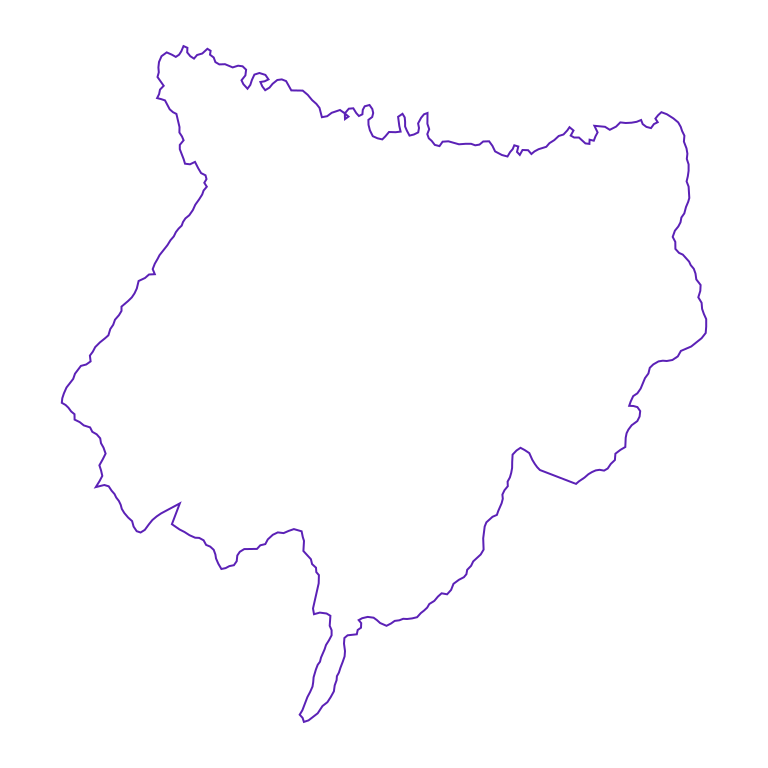 the district of Pindorama do Tocantins, Tocantins, Brazil
{"feature_id": "56859067B48906669845388", "entity_name": "Pindorama do Tocantins", "entity_type": "district", "adm_level": 2, "iso_a3": "BRA", "parent_name": "Brazil", "parent_adm1": "Tocantins", "projection": "albers", "projection_center": [-47.568, -11.195], "detail": "fine", "context": "isolated", "style": "outline", "palette": "violet", "viewbox_px": 768, "rotation_deg": 0, "n_neighbors": 0, "source": "geoboundaries", "source_scale": "gbopen_adm2", "svg_char_len": 6047}
<svg xmlns="http://www.w3.org/2000/svg" viewBox="0 0 768 768"><path d="M680.7,126.8L678.2,122.4L673.4,118.4L666.8,114.2L661.4,112.2L658.1,115.2L655.4,118.6L657.7,122.2L653.9,124.1L651.0,128.1L646.4,126.9L642.7,124.1L641.1,120.0L636.7,121.8L631.5,122.7L625.7,123.0L620.3,122.4L616.1,126.6L609.8,129.8L605.0,126.8L594.4,125.8L597.6,132.4L595.5,136.3L593.8,140.7L589.6,139.7L589.4,143.9L585.4,143.4L578.9,137.5L574.1,137.5L570.7,135.6L573.5,130.5L569.5,127.2L567.3,130.4L563.5,134.5L558.7,136.0L554.3,140.1L549.4,143.2L546.3,146.8L538.6,149.2L534.5,151.4L531.4,154.0L528.1,150.2L522.5,150.0L519.8,154.9L517.0,151.9L518.3,146.5L514.3,145.3L512.7,149.1L510.1,152.1L507.5,156.5L501.9,155.0L495.1,151.4L492.4,145.8L489.1,141.3L483.2,141.5L479.5,144.6L475.2,145.3L471.1,143.8L465.6,143.8L459.0,144.3L448.4,141.3L442.6,141.7L439.5,146.1L434.8,144.9L431.7,140.9L428.8,138.3L427.3,134.1L429.2,129.2L427.4,123.8L427.5,113.0L424.0,114.3L421.1,117.8L418.1,123.4L419.0,128.0L418.2,132.4L413.9,134.5L409.5,135.6L406.8,130.5L405.1,126.5L405.1,121.7L404.7,117.4L402.5,113.8L398.1,116.8L399.3,126.0L400.6,131.6L395.6,132.2L389.0,132.0L385.3,136.4L382.3,139.4L377.5,138.3L372.8,136.2L369.9,130.3L368.5,124.8L368.4,119.9L372.2,117.0L373.2,113.0L372.3,109.0L369.5,105.0L364.7,106.3L362.8,109.8L362.4,114.3L358.9,116.0L356.2,113.0L353.3,108.3L348.8,108.7L344.8,113.4L340.0,110.0L331.7,112.8L327.2,116.2L321.9,117.2L319.5,107.9L316.4,103.9L312.1,100.1L307.7,94.8L302.7,90.6L291.3,90.4L286.1,81.1L281.8,79.4L277.3,80.0L272.6,83.8L269.5,87.6L265.2,90.2L262.3,86.4L260.4,82.0L264.6,81.3L268.5,79.4L265.4,74.9L259.4,73.0L254.4,74.6L251.9,80.0L250.3,84.9L247.5,88.7L243.4,84.2L241.5,80.3L245.4,75.4L246.1,69.7L242.6,66.3L238.1,65.7L232.7,67.4L225.0,64.2L219.3,64.4L215.4,62.1L213.7,57.5L210.0,54.7L210.6,50.8L207.4,48.8L202.3,53.5L197.1,55.0L194.0,58.6L190.3,56.2L187.2,52.4L187.4,47.8L183.5,46.1L181.3,51.3L179.1,54.7L175.8,56.9L171.9,54.7L166.7,52.4L161.5,56.2L159.0,62.0L158.4,67.4L158.8,72.3L157.5,77.0L163.7,85.8L160.0,89.6L159.1,94.1L157.1,98.1L161.1,99.1L165.0,100.4L169.7,109.3L173.0,112.2L176.4,113.9L179.5,127.1L179.4,132.5L182.0,136.5L183.6,140.3L179.8,144.9L179.8,149.2L183.7,159.3L185.0,163.7L190.0,164.3L195.0,161.9L198.3,168.4L201.1,173.1L205.5,175.3L206.5,179.1L204.3,182.8L206.8,186.7L203.6,190.5L202.2,194.5L199.1,199.4L195.3,204.7L192.9,210.0L189.3,215.2L185.4,218.4L183.0,222.0L181.7,225.6L178.6,228.6L175.9,232.1L173.8,236.4L170.5,240.2L167.4,245.2L159.5,255.2L157.7,258.7L154.8,263.7L152.7,269.1L154.8,274.2L149.0,274.5L145.0,278.0L138.6,281.0L136.8,288.5L134.5,293.4L131.8,297.4L128.0,301.1L121.5,306.6L121.5,310.9L119.0,315.1L115.0,319.7L113.2,324.8L110.3,329.0L108.4,335.3L104.9,338.4L99.9,342.4L95.2,347.1L92.8,351.7L89.9,355.6L90.6,361.4L86.2,364.5L80.9,365.9L75.0,373.7L73.2,378.9L66.5,387.5L63.9,393.4L62.3,398.2L61.8,402.8L65.6,405.0L68.4,407.7L71.2,411.5L74.5,414.2L74.6,419.6L79.7,422.1L83.8,425.4L90.1,427.4L92.3,431.8L96.7,434.3L100.2,438.3L101.0,443.2L103.5,447.6L105.6,453.6L102.8,459.2L99.4,465.3L101.1,470.6L102.3,475.9L99.6,481.0L95.8,487.1L104.2,485.0L108.7,486.3L111.6,490.7L114.5,494.0L116.2,497.5L118.9,501.0L120.7,504.8L121.8,508.9L124.3,513.0L128.1,517.5L132.1,521.1L133.6,526.6L136.7,531.2L140.6,532.5L144.8,529.9L148.9,524.3L152.4,520.0L156.7,516.4L161.1,513.4L179.8,503.4L171.9,524.2L179.6,529.5L184.5,532.0L189.5,535.2L195.1,537.7L199.2,537.9L203.6,540.3L206.1,544.9L210.2,546.6L213.7,549.8L215.4,554.5L216.0,558.4L218.3,563.7L221.4,569.0L225.6,568.1L229.4,566.1L233.9,565.2L236.7,561.2L237.3,555.5L239.8,551.8L244.2,549.1L257.0,548.9L260.3,545.3L265.3,544.1L267.8,539.4L272.8,534.8L277.8,532.4L283.6,533.1L288.7,530.9L293.9,529.1L301.6,531.3L302.8,537.1L304.0,540.9L303.4,551.0L310.9,559.2L312.1,564.1L316.0,567.7L316.3,572.1L318.9,575.1L318.7,583.3L313.0,608.5L314.0,614.2L319.8,612.6L326.6,613.5L330.4,615.8L329.7,625.8L331.6,630.2L331.6,635.3L328.9,640.4L326.0,645.0L324.6,649.3L321.0,657.6L320.0,661.7L317.7,664.8L315.9,669.5L313.6,677.3L313.2,682.2L312.5,686.6L310.1,692.0L307.4,697.1L302.4,710.2L299.7,714.7L302.6,717.9L303.9,721.9L308.5,720.4L317.7,713.3L322.5,706.0L327.4,702.2L330.7,697.1L333.9,691.3L334.7,685.4L336.6,680.1L336.9,676.2L338.9,672.6L340.5,667.6L342.7,661.9L344.6,656.4L345.0,651.1L344.0,643.6L344.4,638.0L347.6,635.3L356.8,634.3L357.7,630.0L361.0,627.7L361.2,623.1L358.7,620.1L362.2,618.2L367.7,616.9L373.6,617.7L376.9,620.1L380.1,623.0L386.5,625.8L391.0,623.5L394.7,620.9L399.3,620.3L403.2,618.8L407.1,619.0L412.1,618.4L417.1,617.2L420.8,613.1L424.0,610.6L427.2,607.6L429.3,604.0L434.3,600.9L437.9,596.6L441.6,593.3L447.1,594.3L451.1,589.9L453.5,583.8L458.9,579.8L463.9,577.2L466.4,574.2L467.2,569.8L471.1,565.8L473.2,561.4L480.7,554.5L483.6,549.6L483.2,538.3L484.7,526.5L486.4,522.3L492.5,516.8L496.9,514.9L498.2,511.1L501.6,503.3L502.8,498.8L502.4,494.6L504.5,490.2L507.8,486.2L507.6,481.6L509.9,477.4L511.2,472.9L512.1,468.0L512.2,461.7L512.6,454.6L516.5,450.5L520.5,447.8L524.6,450.0L529.3,453.1L532.3,459.8L534.8,463.9L537.2,467.2L539.9,470.0L576.0,483.9L579.0,481.3L584.5,477.6L588.4,474.2L591.9,472.1L595.7,470.4L599.6,469.8L604.1,470.6L607.7,468.5L610.8,463.9L614.9,460.0L615.4,453.7L620.5,449.8L625.3,447.0L625.7,437.7L626.6,433.2L628.4,429.6L631.7,425.2L637.3,421.1L639.6,416.5L640.2,411.1L637.4,407.1L633.4,406.0L629.2,405.8L630.7,401.5L633.2,396.1L637.4,393.3L640.7,388.5L645.0,378.1L648.4,373.5L649.8,367.8L653.3,364.4L658.5,361.4L662.8,360.7L666.8,361.0L672.4,360.0L677.8,356.4L680.9,350.9L691.2,346.5L701.6,338.2L705.7,333.0L706.2,326.6L706.2,319.1L703.9,314.0L702.1,308.9L701.6,302.8L698.3,297.3L700.3,290.9L700.6,285.0L696.3,279.4L695.5,273.6L693.8,268.8L690.7,265.1L689.1,261.6L682.8,254.6L679.0,252.9L675.4,248.9L675.3,241.9L672.7,236.9L674.9,230.7L678.3,226.5L680.5,222.3L681.4,217.5L684.3,213.4L686.0,207.0L688.2,201.8L689.3,198.0L688.6,186.6L686.6,181.4L687.8,176.4L688.6,170.8L688.6,164.4L686.8,158.9L687.4,153.7L686.5,148.4L683.9,141.6L684.4,135.7L682.1,131.0L680.7,126.8ZM344.8,113.4L348.5,116.6L345.0,119.1L344.8,113.4Z" fill="none" stroke="#5b21b6" stroke-width="2"/></svg>